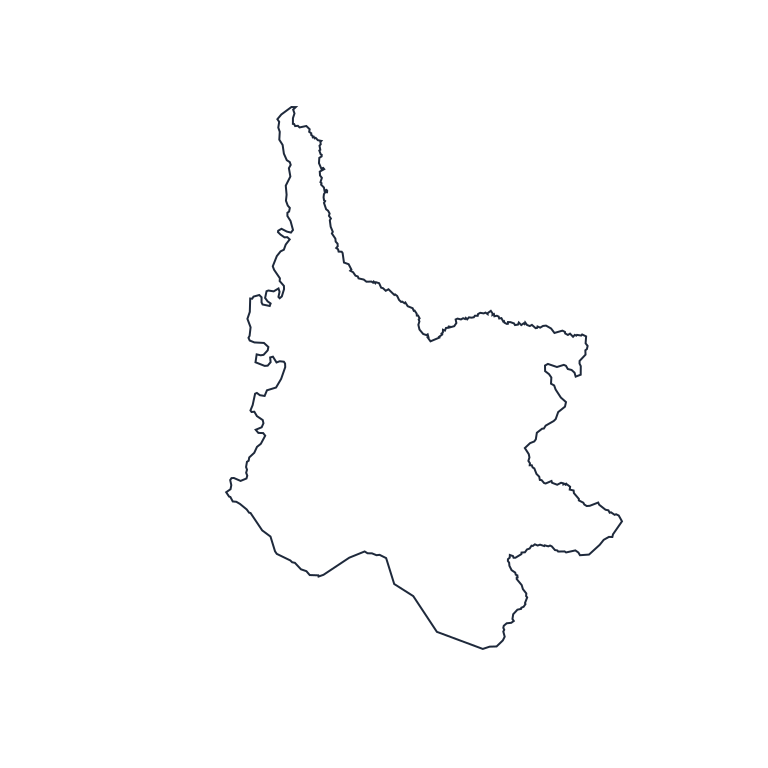 Kasama, Northern, Zambia, rotated 144°
{"feature_id": "96606910B49131847475849", "entity_name": "Kasama", "entity_type": "district", "adm_level": 2, "iso_a3": "ZMB", "parent_name": "Zambia", "parent_adm1": "Northern", "projection": "natural_earth1", "projection_center": [30.808, -10.551], "detail": "fine", "context": "isolated", "style": "outline", "palette": "slate", "viewbox_px": 768, "rotation_deg": 144, "n_neighbors": 0, "source": "geoboundaries", "source_scale": "gbopen_adm2", "svg_char_len": 6166}
<svg xmlns="http://www.w3.org/2000/svg" viewBox="0 0 768 768"><g transform="rotate(144 384 384)"><path d="M292.6,659.9L296.1,662.5L308.7,662.4L314.6,660.9L314.7,657.7L318.8,653.6L320.1,649.3L325.1,643.2L325.5,637.0L329.6,629.2L331.1,622.2L329.8,618.9L330.7,616.1L334.1,614.5L337.8,606.9L346.9,602.2L351.6,594.3L355.6,589.9L357.0,584.9L356.7,581.8L359.4,579.3L361.5,579.3L363.4,576.7L363.8,570.8L367.1,562.1L370.3,561.2L373.0,564.4L375.7,569.8L379.5,570.2L380.5,569.2L379.9,565.7L378.3,561.1L375.9,559.6L375.3,556.4L381.5,554.6L386.1,551.5L389.7,552.1L395.5,550.5L404.8,544.6L405.8,541.0L406.1,530.7L407.9,528.6L407.3,522.2L409.1,519.5L415.2,514.9L418.0,514.7L418.2,516.5L414.3,520.0L413.2,523.3L418.8,523.8L422.6,527.6L424.5,528.1L429.6,523.5L429.6,519.3L428.4,515.8L430.6,514.3L435.5,519.7L435.1,522.0L432.1,526.1L432.6,529.3L438.2,531.4L440.5,530.5L442.0,531.8L450.2,521.2L456.2,517.0L458.6,508.3L464.4,502.0L466.5,501.0L467.1,498.1L464.4,493.8L457.0,487.8L455.8,481.9L458.3,479.6L464.3,478.4L466.9,479.7L469.6,482.8L475.2,477.1L469.9,468.8L467.3,467.2L462.9,468.3L460.5,472.4L457.8,471.4L458.3,464.6L455.0,463.7L451.9,460.9L452.0,458.7L454.0,455.7L464.2,448.6L473.4,444.6L482.4,447.7L487.6,444.5L491.0,447.9L492.1,451.5L494.0,451.9L502.7,444.1L507.6,441.1L507.6,439.2L505.2,437.8L505.7,432.7L503.3,426.1L504.6,423.1L508.4,420.9L514.7,422.4L514.4,418.3L510.6,415.3L510.5,412.0L518.8,408.0L523.7,407.8L529.4,404.6L536.2,403.8L538.6,401.5L540.6,401.6L544.4,397.9L545.2,395.2L547.7,393.2L548.5,390.2L550.8,388.4L557.0,389.9L560.7,396.2L562.7,397.5L564.9,396.7L567.0,391.9L570.0,389.1L575.3,389.2L575.5,384.0L574.7,382.9L575.4,377.9L572.7,375.5L571.0,371.6L568.8,363.2L568.8,359.2L567.8,358.1L568.6,337.2L565.5,327.3L570.5,312.7L570.6,309.6L563.5,296.3L563.1,293.8L561.2,291.7L560.1,282.9L556.8,278.2L556.4,273.1L549.6,267.8L550.1,266.7L545.1,265.2L514.2,263.9L498.1,259.9L496.8,256.7L493.3,254.1L490.7,249.9L488.0,248.4L484.6,241.9L493.3,216.2L485.0,195.2L486.9,152.4L459.8,111.6L452.9,109.4L447.2,105.5L438.6,106.7L434.9,108.6L433.0,113.6L431.2,114.5L430.8,116.6L429.2,118.0L425.4,118.3L421.4,116.0L418.3,116.0L418.2,118.4L414.8,121.8L408.7,123.0L405.3,121.5L404.4,122.3L402.0,121.7L398.9,122.8L398.7,123.9L393.6,127.2L393.7,128.9L392.0,130.9L392.2,136.4L390.8,140.4L391.3,148.2L390.4,149.4L389.6,149.0L388.6,150.8L389.5,152.3L388.7,154.3L390.2,158.4L389.4,163.2L387.8,165.9L387.8,168.0L386.7,169.4L384.4,169.6L382.7,171.7L380.8,169.0L381.3,167.3L379.8,166.2L372.9,165.6L371.8,166.8L368.9,165.0L365.6,166.1L362.9,165.3L359.7,166.5L358.8,165.5L356.2,165.6L354.6,163.0L352.2,162.3L349.6,158.7L348.8,159.0L346.5,156.1L344.6,155.7L343.7,154.0L343.3,149.2L341.6,147.4L341.6,146.1L336.3,142.4L335.7,140.7L327.0,136.9L325.8,133.4L326.1,130.3L318.4,125.5L304.0,127.1L297.8,128.8L291.9,128.1L289.2,126.0L287.1,127.8L272.2,133.0L271.4,139.6L272.8,142.2L274.3,142.6L275.8,146.8L277.1,147.2L276.7,149.9L278.7,152.1L280.9,159.9L280.4,162.2L289.1,164.5L291.7,166.1L292.8,168.8L292.5,170.8L294.8,175.3L293.9,176.5L294.5,184.1L293.2,186.4L295.8,189.4L293.8,191.5L295.0,195.3L295.9,195.6L295.4,196.3L297.9,197.3L297.2,198.1L298.8,200.0L303.1,200.7L306.1,205.3L305.5,207.1L311.7,208.5L312.7,209.8L313.0,213.6L314.3,214.8L312.9,217.8L313.5,221.6L312.0,227.4L312.8,229.1L312.2,231.4L313.9,232.6L312.5,234.1L312.4,236.9L309.5,239.1L308.1,242.2L307.7,249.4L300.6,250.3L296.2,249.2L293.7,250.0L289.0,254.7L282.4,254.9L280.8,254.0L277.7,255.3L268.5,254.3L265.7,254.7L259.6,258.9L250.9,259.3L247.4,262.4L248.9,269.1L248.4,278.7L247.2,282.8L248.7,286.1L244.8,290.9L244.7,295.0L246.1,299.7L242.9,304.3L239.6,303.9L234.1,296.1L227.3,293.8L226.1,291.8L226.5,288.1L224.0,285.1L223.2,281.2L224.6,277.3L219.4,275.9L214.3,282.8L213.8,285.6L212.2,287.7L203.7,289.3L201.3,292.9L199.3,293.0L196.9,295.1L197.0,298.4L192.5,303.7L194.6,307.6L196.0,307.3L199.0,310.3L200.0,310.1L200.8,311.6L203.3,311.1L203.9,315.4L206.4,315.6L207.7,318.4L207.0,319.8L208.3,322.3L216.1,325.1L216.2,330.7L218.6,336.0L221.2,337.5L224.5,337.8L226.0,340.3L227.1,339.4L228.5,340.0L229.6,344.9L232.0,345.2L233.6,347.7L233.6,350.9L235.1,349.9L235.4,351.0L238.3,351.0L238.8,354.5L240.7,353.3L243.4,354.7L243.2,356.6L245.4,359.8L247.3,361.2L248.4,359.9L249.3,360.4L250.5,362.8L250.0,364.3L250.8,364.4L250.3,368.3L252.3,369.3L251.6,371.1L252.6,372.9L254.9,373.9L254.0,375.9L255.7,376.1L254.7,377.2L254.6,380.4L258.5,380.4L259.1,379.6L259.9,382.1L261.8,382.5L264.3,385.0L266.8,385.3L268.1,384.1L270.3,385.8L272.1,385.2L274.2,386.2L276.1,388.0L278.7,387.4L279.0,389.4L280.2,388.9L281.3,390.7L283.8,391.0L286.1,393.7L288.1,394.1L289.6,390.8L293.2,389.5L297.7,391.2L297.2,391.8L297.9,392.5L299.1,391.8L300.9,392.9L303.3,391.4L304.4,393.2L306.2,391.0L307.8,391.0L307.9,389.8L311.8,389.8L311.9,389.0L321.3,391.2L321.3,396.1L320.5,395.8L319.5,398.5L320.9,398.6L322.9,401.4L323.3,407.2L321.4,411.7L318.6,413.8L318.0,415.8L316.6,416.2L316.2,419.4L317.2,420.1L316.2,421.8L316.1,425.4L316.9,425.7L316.3,428.5L319.1,433.0L318.8,437.4L319.9,437.3L320.9,440.0L321.9,440.3L322.4,443.2L321.6,447.5L322.4,450.0L323.3,450.0L324.7,458.0L327.8,458.4L328.5,462.1L329.7,463.6L328.7,468.4L330.7,471.1L331.8,470.6L332.1,472.9L333.3,472.4L333.9,474.2L338.1,477.1L339.0,480.4L342.5,484.4L342.0,486.4L343.4,488.4L343.3,492.6L344.7,495.5L343.1,495.8L342.2,501.7L345.0,505.8L340.5,514.3L340.5,515.9L342.9,517.8L342.0,520.0L342.7,522.1L340.5,522.6L339.1,524.8L339.4,527.6L337.9,530.2L337.7,536.4L336.0,537.2L334.7,542.6L331.6,548.3L329.7,549.1L329.7,552.4L327.8,553.9L327.4,557.1L328.1,559.4L326.1,565.8L324.1,566.6L324.5,567.9L323.2,570.5L321.0,572.9L318.8,573.8L317.4,572.6L316.4,573.7L316.4,574.8L318.5,575.4L317.1,578.3L317.7,582.2L316.5,583.2L316.8,584.6L313.1,587.3L313.2,590.3L311.1,593.6L306.1,593.0L306.2,594.6L308.1,595.1L306.8,600.9L303.4,605.0L300.7,604.8L299.7,606.0L300.2,607.1L299.1,610.9L297.9,610.9L296.1,614.7L294.3,615.1L293.2,617.2L291.8,617.5L294.2,620.1L294.6,623.3L295.7,623.5L295.5,625.3L296.6,625.5L296.0,627.0L296.5,628.3L295.5,629.6L296.3,632.0L294.4,633.8L295.2,638.4L301.5,641.2L301.9,643.5L304.3,644.9L303.9,647.1L304.8,648.0L301.4,652.6L297.4,655.5L296.2,659.4L292.6,659.9Z" fill="none" stroke="#1e293b" stroke-width="2"/></g></svg>